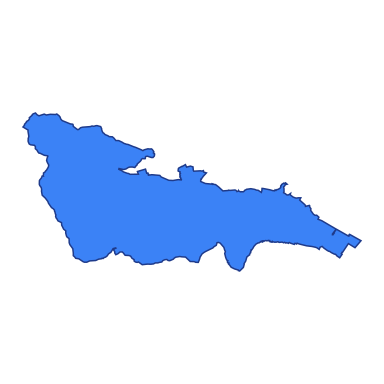 outline of Cracaoani, Neamt, Romania
{"feature_id": "2599482B97908448489139", "entity_name": "Cracaoani", "entity_type": "district", "adm_level": 2, "iso_a3": "ROU", "parent_name": "Romania", "parent_adm1": "Neamt", "projection": "robinson", "projection_center": [26.231, 47.104], "detail": "fine", "context": "isolated", "style": "filled", "palette": "blue", "viewbox_px": 384, "rotation_deg": 0, "n_neighbors": 0, "source": "geoboundaries", "source_scale": "gbopen_adm2", "svg_char_len": 6005}
<svg xmlns="http://www.w3.org/2000/svg" viewBox="0 0 384 384"><path d="M84.4,262.2L86.8,262.2L89.7,260.9L95.7,260.5L98.5,259.2L101.7,258.7L102.1,258.2L103.1,258.5L104.1,257.6L105.6,257.1L107.1,256.0L108.5,253.9L111.0,252.2L113.1,248.6L115.7,247.9L115.9,248.1L114.1,249.0L113.7,250.1L114.8,251.8L114.7,252.9L115.8,254.7L118.0,253.7L120.0,252.0L122.4,252.0L123.8,253.5L124.7,254.9L125.3,255.3L128.9,255.5L130.6,256.1L132.0,258.3L134.1,259.6L134.1,261.0L135.4,262.0L137.2,262.4L138.5,262.0L142.2,264.7L147.4,264.1L150.9,264.2L153.5,263.9L155.4,262.9L157.9,262.9L159.4,262.4L161.8,262.0L162.7,260.7L164.8,259.7L166.9,259.5L168.1,260.5L169.8,260.7L173.3,259.2L174.3,258.1L175.7,257.2L179.8,256.5L181.5,256.8L185.6,257.1L190.2,261.5L194.2,261.6L195.7,262.3L198.3,262.4L199.5,259.3L200.1,257.1L202.0,254.0L203.9,252.5L205.8,251.4L212.9,247.9L214.0,246.7L216.3,245.3L217.0,242.7L218.3,242.4L220.2,243.1L223.9,247.4L224.6,249.9L225.4,251.6L224.7,253.5L225.7,257.5L226.7,260.0L227.9,260.7L227.3,261.9L227.7,262.5L228.9,263.1L228.4,263.8L229.7,265.2L231.1,267.2L234.5,268.9L238.5,270.1L238.9,270.4L238.7,270.7L239.7,271.0L243.4,267.4L244.2,264.3L244.1,263.6L245.7,261.1L246.8,257.1L248.7,255.4L249.6,254.9L249.6,254.4L250.1,253.1L250.7,252.7L250.6,251.5L251.2,250.8L251.0,250.1L251.2,249.8L251.7,249.9L253.0,248.1L253.9,246.4L256.0,244.1L258.1,242.9L259.0,242.9L260.3,242.0L260.8,242.0L260.7,241.5L262.4,240.9L262.7,240.9L262.4,241.8L262.5,242.0L262.9,241.8L263.4,240.9L264.1,241.2L264.3,240.9L265.9,240.5L266.5,240.8L267.6,240.6L268.0,240.8L268.4,240.4L269.1,240.5L268.9,240.7L269.3,240.8L270.2,241.9L270.8,241.5L271.8,242.2L272.4,242.1L272.5,241.5L272.9,241.8L274.6,242.2L276.7,242.1L277.9,241.7L279.1,242.4L282.1,242.1L283.7,242.8L284.7,242.3L285.7,243.0L286.3,242.7L287.1,243.0L288.0,242.9L288.4,243.3L289.3,242.5L290.6,243.2L294.3,244.4L295.0,243.3L296.6,244.0L297.1,243.2L299.2,244.0L306.5,245.8L312.0,246.5L315.6,247.3L317.1,247.9L319.2,249.4L320.1,247.2L322.1,246.4L323.9,248.1L327.3,250.5L328.6,251.2L329.8,251.5L331.3,252.6L334.3,254.1L335.6,254.3L336.9,255.9L339.7,257.8L342.1,254.3L341.3,253.7L342.1,252.3L342.5,252.4L348.4,243.6L355.0,247.7L361.0,240.7L349.5,234.3L349.1,234.6L349.1,235.9L348.9,236.1L348.4,236.0L336.4,229.2L333.6,233.0L334.1,233.2L332.9,234.8L332.5,234.7L332.9,234.0L332.6,233.8L336.1,229.1L321.8,220.7L318.0,219.2L318.9,217.2L316.7,215.2L315.0,215.3L313.4,214.2L310.7,210.4L310.9,208.6L310.0,207.5L309.6,206.3L309.7,205.8L309.4,205.4L305.5,206.4L305.5,205.5L304.7,204.5L299.7,200.1L300.8,197.8L298.3,197.8L296.5,198.1L295.3,197.9L293.2,197.1L290.5,195.1L290.3,194.3L290.5,193.5L288.7,194.8L287.7,195.0L286.4,194.7L285.7,193.9L283.6,192.7L284.2,191.2L284.0,191.4L284.0,188.7L283.6,186.8L284.5,186.1L285.4,184.6L287.1,184.2L285.5,182.8L284.5,183.5L283.8,183.1L281.6,184.5L281.2,185.6L280.7,185.9L280.7,187.4L280.1,188.1L278.1,189.4L276.8,189.6L276.0,190.4L275.1,189.8L274.6,190.8L272.6,190.6L270.0,189.8L262.7,188.4L262.0,188.4L261.9,190.5L261.3,192.4L258.2,190.3L256.4,190.1L254.8,189.4L250.8,188.7L246.5,189.3L245.7,189.9L244.8,190.2L243.9,191.4L243.2,191.8L241.3,191.7L240.9,191.9L239.1,191.3L238.8,190.9L238.8,191.2L237.9,191.1L237.0,191.6L236.6,191.0L235.7,190.2L234.9,190.0L230.2,190.4L228.4,190.2L228.2,190.5L222.9,190.9L218.7,187.0L215.6,184.6L213.4,184.3L213.0,183.9L212.6,184.3L211.9,183.7L211.6,184.1L205.4,183.5L200.7,181.5L200.7,180.0L201.3,179.5L201.0,179.0L202.3,177.8L203.1,176.5L206.4,172.9L203.6,172.0L203.4,170.6L202.0,171.1L200.6,170.8L193.8,171.2L193.3,170.3L193.0,166.9L190.4,166.1L186.6,167.1L185.4,164.6L182.2,166.5L182.0,166.3L178.7,168.1L178.4,168.5L178.1,170.4L178.2,171.1L180.1,171.9L179.9,172.8L180.4,173.6L179.8,174.0L180.0,175.7L180.2,175.8L180.0,176.1L180.2,176.6L180.0,176.8L180.2,177.0L180.1,177.4L180.7,177.8L180.6,178.6L181.4,179.3L181.3,179.8L181.9,180.0L178.3,179.6L173.0,180.5L168.8,180.3L161.2,177.0L159.8,175.4L151.8,174.7L148.5,175.2L148.2,174.8L148.6,174.2L148.1,173.6L147.9,173.0L146.7,173.2L145.5,169.1L137.4,171.5L138.4,174.2L129.9,174.3L128.7,173.5L127.3,173.3L123.2,171.8L122.3,171.0L118.8,169.3L119.0,168.5L123.5,169.5L125.9,169.0L128.1,167.6L129.4,167.1L132.2,167.0L134.8,167.5L135.6,166.6L135.6,166.3L137.1,164.9L137.2,164.0L140.3,161.3L141.1,160.3L141.4,159.3L142.7,158.5L144.0,158.8L145.3,158.6L145.4,157.0L146.0,156.4L147.4,156.2L151.3,157.5L153.0,157.5L154.3,156.1L154.6,154.5L154.3,154.1L154.5,153.7L154.3,153.4L153.4,153.0L153.8,151.6L152.3,149.5L151.5,148.9L149.6,149.0L147.9,148.8L144.1,149.8L143.0,150.6L142.5,150.5L141.8,150.0L135.7,147.4L133.3,146.6L127.9,144.4L126.7,144.3L123.8,143.3L122.3,142.3L118.7,140.6L115.8,140.5L114.1,138.3L112.4,136.8L109.1,136.6L107.9,135.7L105.1,134.6L103.7,133.1L103.1,132.9L102.3,131.5L101.6,129.5L101.7,128.9L100.7,126.6L97.0,125.6L95.9,125.7L93.8,126.3L92.0,126.0L90.3,126.6L82.5,127.2L80.6,127.7L78.6,129.5L77.5,129.6L73.3,126.4L73.1,124.8L72.7,124.2L70.3,123.9L62.2,120.6L60.8,119.1L60.0,116.9L59.0,115.7L56.8,114.0L55.5,114.5L50.3,114.3L46.4,115.0L44.2,114.1L39.0,115.8L37.1,114.8L35.5,113.0L33.3,113.8L32.3,114.5L32.1,115.3L29.3,117.7L29.5,118.9L28.4,120.4L26.5,121.5L26.5,122.1L24.5,124.3L24.5,125.2L23.0,127.0L28.1,130.1L28.0,131.4L28.8,136.3L28.1,139.0L28.3,139.9L28.1,140.5L28.2,141.7L29.2,144.0L30.6,144.8L34.4,145.3L35.4,146.6L35.3,148.7L37.1,150.3L37.7,151.6L38.9,153.1L40.2,153.3L44.3,155.3L47.6,155.8L47.9,156.1L47.1,158.2L46.6,160.5L47.3,162.4L48.7,165.0L48.4,166.9L46.6,170.0L45.5,171.1L45.0,172.0L43.5,173.0L43.5,174.4L43.2,175.5L43.4,176.1L42.2,176.0L41.4,178.0L39.7,180.0L39.4,180.7L39.3,184.3L39.7,185.4L41.3,187.7L41.6,189.5L41.5,191.3L42.2,195.2L45.3,198.1L47.8,201.4L48.5,203.3L51.5,207.6L53.3,208.8L54.4,210.0L54.5,211.1L54.9,211.8L55.4,214.0L55.9,214.9L55.6,216.4L56.2,218.1L56.6,218.4L58.0,220.9L61.5,222.6L61.7,225.2L63.6,229.1L65.8,230.9L65.7,233.0L66.5,236.1L67.2,237.2L68.9,238.4L69.1,238.9L69.2,242.8L69.9,244.7L72.8,248.7L73.3,253.0L73.3,255.7L74.5,256.7L75.7,258.3L78.8,258.8L83.1,261.7L84.4,262.2Z" fill="#3b82f6" stroke="#1e3a8a" stroke-width="1.5"/></svg>